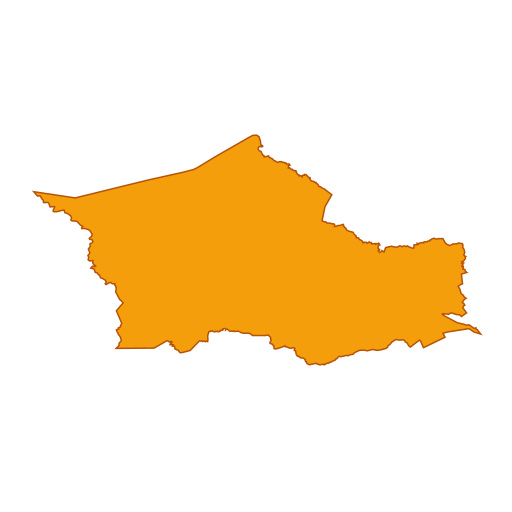 Chu Prong, Gia Lai, Vietnam, rotated 80°
{"feature_id": "81297802B50675624734559", "entity_name": "Chu Prong", "entity_type": "district", "adm_level": 2, "iso_a3": "VNM", "parent_name": "Vietnam", "parent_adm1": "Gia Lai", "projection": "equal_earth", "projection_center": [107.843, 13.593], "detail": "fine", "context": "isolated", "style": "filled", "palette": "amber", "viewbox_px": 512, "rotation_deg": 80, "n_neighbors": 0, "source": "geoboundaries", "source_scale": "gbopen_adm2", "svg_char_len": 6068}
<svg xmlns="http://www.w3.org/2000/svg" viewBox="0 0 512 512"><g transform="rotate(80 256 256)"><path d="M364.1,80.9L364.5,58.9L368.7,54.5L371.9,48.3L366.8,51.0L366.4,51.9L364.9,51.9L365.2,53.8L361.1,57.7L360.6,58.7L360.8,60.5L358.9,63.8L358.8,65.0L358.1,65.8L356.8,69.2L347.8,80.7L346.4,82.2L345.5,82.6L345.2,81.9L345.8,80.8L346.1,78.5L347.0,76.5L346.1,74.9L346.0,73.3L348.6,68.5L349.2,65.7L351.3,64.3L348.6,58.5L342.8,61.4L341.2,60.1L340.7,58.9L338.9,59.6L337.5,60.9L335.1,58.6L334.1,56.4L332.0,58.4L330.9,58.5L328.6,60.5L324.0,61.0L321.1,62.2L319.8,60.0L319.3,57.4L309.5,56.9L308.8,51.2L307.1,52.6L305.5,52.6L305.0,54.3L304.2,54.5L303.4,53.8L302.4,53.7L302.0,55.0L301.6,55.0L300.7,53.7L299.5,54.3L299.1,53.2L298.8,54.3L298.2,53.4L297.4,54.0L297.4,53.3L296.6,52.0L294.9,50.2L293.4,50.3L293.0,49.5L291.8,50.8L290.8,51.1L289.1,49.9L287.0,49.8L284.9,50.2L283.5,51.0L281.6,50.3L279.7,50.6L278.3,54.4L278.9,56.4L278.3,60.1L279.0,61.5L279.2,63.7L277.7,65.9L275.9,67.4L271.3,68.9L270.6,73.1L270.7,75.2L270.1,76.9L269.4,77.4L269.7,79.9L270.4,80.7L270.4,81.8L271.4,82.5L271.1,84.1L271.8,85.2L271.2,88.0L272.2,88.6L271.7,89.5L271.6,92.9L272.6,93.9L271.4,95.1L272.9,95.6L272.5,98.5L275.2,99.0L275.7,99.5L275.0,101.5L274.1,102.6L273.7,103.8L272.3,105.0L272.8,106.5L272.0,107.6L271.8,109.3L272.3,110.4L270.9,112.5L271.8,115.6L270.9,118.8L269.9,120.7L270.2,126.8L274.3,129.3L272.5,131.0L273.7,132.2L274.1,133.5L272.3,134.8L271.1,134.0L271.7,133.3L271.5,133.1L269.4,134.4L266.8,133.6L266.6,132.1L264.6,132.9L265.1,134.0L264.7,135.2L265.2,136.2L264.4,136.4L264.2,139.9L262.8,140.0L262.8,141.2L261.7,142.1L262.8,144.2L261.5,145.1L261.6,146.4L261.1,147.3L261.7,148.3L259.5,148.9L257.4,151.5L256.0,151.8L255.3,154.1L253.6,153.9L252.1,155.3L249.5,156.3L247.3,160.9L245.8,162.5L244.1,162.7L243.5,163.7L242.7,163.8L241.7,164.7L240.8,164.3L239.9,164.8L240.5,168.1L240.2,170.0L240.6,172.2L240.5,173.6L238.6,173.1L237.8,173.9L237.7,175.1L236.9,176.4L235.7,180.6L234.5,181.3L234.2,182.9L232.7,184.8L219.4,179.5L208.9,170.7L201.8,177.1L200.6,179.1L199.2,180.2L198.3,182.1L197.1,182.2L195.5,183.1L195.0,184.1L194.0,184.1L193.5,185.6L192.8,185.8L191.8,188.4L189.7,189.6L189.2,189.2L188.7,189.6L188.1,189.3L187.9,190.4L184.5,192.6L184.1,194.1L184.9,194.2L184.6,195.9L186.1,196.9L184.8,197.6L184.6,199.5L183.8,199.4L183.3,200.4L181.5,201.7L180.4,201.5L179.6,202.2L179.0,201.9L178.1,204.6L177.0,205.1L176.9,206.1L174.8,207.7L175.0,208.8L172.7,208.4L172.4,206.8L171.1,207.4L170.7,210.2L169.5,210.4L169.2,211.8L168.5,212.2L168.4,213.6L167.3,214.8L167.5,215.8L167.1,216.7L167.5,218.0L167.1,219.5L166.0,220.1L165.1,221.8L163.6,222.5L160.9,226.0L159.6,226.2L159.9,230.1L159.6,231.0L158.5,230.7L157.3,232.1L153.9,232.9L152.9,234.6L151.4,235.2L150.1,235.1L148.9,234.0L148.9,232.9L149.6,231.2L149.1,230.3L148.3,230.5L147.6,231.9L143.7,231.7L139.1,232.3L137.2,234.2L136.6,238.0L137.9,242.2L151.3,279.2L158.8,298.4L160.0,302.5L160.9,314.3L162.4,348.5L167.4,424.0L154.1,463.7L159.0,460.8L159.3,458.3L159.7,457.9L162.3,457.1L164.5,455.6L165.9,456.1L166.6,455.8L167.1,451.6L168.1,450.9L171.7,450.4L172.0,450.0L172.2,446.4L172.6,445.7L175.8,447.8L176.9,447.9L177.4,447.1L177.8,443.7L177.3,438.4L177.6,437.0L180.1,436.8L181.8,433.8L184.6,431.3L186.6,431.1L188.1,432.0L188.7,432.0L189.5,431.0L190.5,426.9L191.1,426.0L195.0,423.6L196.7,421.5L198.1,422.9L198.8,422.8L199.1,420.1L200.7,416.7L202.3,415.1L206.5,413.5L208.0,414.5L209.7,417.2L210.8,416.8L211.4,414.7L213.5,414.1L214.6,415.3L215.1,417.4L217.9,417.7L220.1,419.9L223.9,419.1L225.0,419.8L226.2,421.4L228.4,421.0L230.6,422.0L232.0,420.7L232.2,417.4L234.3,418.0L236.1,417.4L238.0,415.6L238.4,416.2L237.7,419.0L239.2,420.8L240.8,417.6L243.9,417.3L244.5,416.7L244.9,415.4L247.1,414.5L247.7,413.4L250.5,412.9L251.5,411.0L253.8,408.5L255.8,408.0L257.0,409.3L257.9,409.0L258.0,408.3L256.9,405.2L256.8,403.8L258.4,402.3L258.8,399.8L260.1,400.2L260.9,399.4L262.1,399.5L262.7,399.0L267.0,400.4L274.9,397.9L279.0,394.9L285.7,403.0L299.0,399.9L301.1,401.5L302.1,401.6L302.9,404.0L304.1,403.9L304.1,405.2L304.6,406.4L309.9,404.9L312.0,403.7L315.5,403.3L316.4,403.7L318.0,405.9L320.4,406.5L322.7,409.8L329.0,372.3L323.9,358.2L325.9,355.9L326.0,355.2L325.4,354.5L326.1,353.7L326.9,354.1L327.3,355.3L328.4,356.1L329.0,353.0L330.2,354.0L330.8,351.9L333.4,352.0L335.6,348.7L336.6,348.5L338.1,347.5L338.3,345.5L337.6,337.2L329.7,326.3L330.3,324.9L330.2,324.0L331.0,323.3L330.7,322.0L331.7,320.6L331.2,319.6L331.8,318.6L331.0,318.6L330.6,317.9L326.3,317.5L322.5,315.6L322.4,314.4L321.9,313.7L322.3,312.9L322.2,311.9L322.9,311.4L323.6,309.8L323.2,308.8L323.7,307.5L323.5,306.7L324.2,305.9L323.8,304.4L323.1,304.2L323.4,301.8L322.9,301.3L322.3,301.6L321.9,301.1L322.0,299.2L322.7,298.6L323.6,298.8L322.9,297.8L323.0,297.0L325.3,295.2L325.7,294.4L325.7,293.0L326.2,292.2L325.9,290.9L326.7,290.3L326.7,287.9L327.4,285.6L328.9,284.0L330.0,281.5L330.4,278.1L331.2,275.5L333.7,273.2L335.9,261.0L335.9,257.7L338.7,255.8L340.6,256.0L341.2,255.6L342.1,255.9L343.5,257.3L344.5,257.3L345.9,255.0L347.3,254.6L347.8,254.0L350.4,254.3L351.0,252.2L350.1,245.3L349.4,243.1L350.5,242.9L351.0,241.2L352.6,238.9L352.9,237.4L352.9,234.5L353.9,233.7L354.8,234.5L355.8,234.6L356.1,233.7L356.7,233.5L359.4,233.5L361.8,232.7L362.1,231.4L363.4,230.6L364.2,229.4L364.4,227.9L365.2,226.6L366.7,225.4L367.4,225.7L368.7,225.4L368.9,224.7L370.5,224.6L371.6,223.5L372.5,221.9L372.0,219.6L372.3,219.2L372.1,215.5L372.9,214.8L373.2,213.6L373.6,213.5L374.3,211.9L374.2,208.0L375.0,207.8L374.9,206.7L374.1,205.7L373.9,204.2L374.3,203.8L373.8,202.9L373.9,202.1L373.4,201.5L373.5,200.3L372.8,198.8L372.2,196.1L371.2,195.0L371.2,194.1L370.0,193.0L369.3,191.5L369.9,190.0L369.6,183.7L370.2,183.2L369.6,179.8L369.6,177.2L368.6,176.2L367.7,173.8L366.8,169.7L367.2,168.6L367.3,166.4L368.7,162.8L368.3,157.4L370.0,153.0L370.1,149.2L369.5,143.5L368.4,142.0L367.4,141.8L366.2,139.2L364.3,137.1L362.5,132.8L363.9,129.0L364.0,126.1L364.5,124.7L366.5,123.9L367.8,122.3L371.1,121.1L372.5,119.8L367.2,109.6L368.8,108.6L375.4,107.0L368.8,83.9L364.6,85.3L364.1,80.9Z" fill="#f59e0b" stroke="#b45309" stroke-width="1.5"/></g></svg>